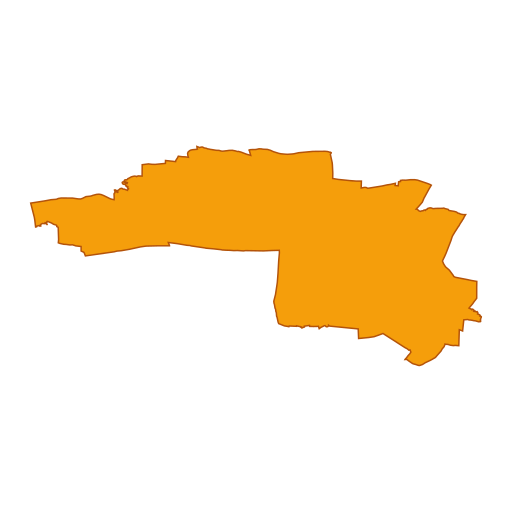 Sopot, Dolj, Romania
{"feature_id": "2599482B68085275929328", "entity_name": "Sopot", "entity_type": "district", "adm_level": 2, "iso_a3": "ROU", "parent_name": "Romania", "parent_adm1": "Dolj", "projection": "robinson", "projection_center": [23.496, 44.397], "detail": "fine", "context": "isolated", "style": "filled", "palette": "amber", "viewbox_px": 512, "rotation_deg": 0, "n_neighbors": 0, "source": "geoboundaries", "source_scale": "gbopen_adm2", "svg_char_len": 6026}
<svg xmlns="http://www.w3.org/2000/svg" viewBox="0 0 512 512"><path d="M479.3,321.8L479.8,321.5L480.5,321.6L480.7,321.2L480.4,320.1L480.6,319.8L480.5,319.4L480.9,318.0L481.2,317.5L481.3,316.7L481.0,316.4L480.4,316.3L479.8,316.0L480.1,315.3L479.5,314.7L477.6,314.0L477.8,313.6L477.9,313.1L477.7,312.4L477.1,311.6L476.2,311.9L475.8,311.7L475.3,311.1L475.0,311.0L474.9,311.3L474.1,311.5L473.9,311.4L473.7,311.2L474.0,310.9L474.0,310.3L473.8,310.0L473.1,309.5L472.8,309.3L472.4,309.5L472.4,309.2L472.0,309.3L471.6,309.6L471.3,309.3L471.2,309.0L470.4,308.8L469.0,308.1L472.7,303.7L474.2,301.5L476.7,298.3L476.7,287.4L476.8,281.4L471.0,280.4L467.4,279.6L455.5,277.3L454.1,276.7L453.8,276.5L453.3,275.5L449.3,270.1L445.7,267.0L445.3,266.5L443.7,264.0L442.5,261.2L442.7,260.4L444.6,256.5L446.1,253.1L451.0,240.4L452.0,237.2L452.6,235.8L454.8,232.1L458.4,226.5L458.8,226.1L460.1,223.7L462.1,220.7L462.5,219.9L463.6,218.4L463.7,217.8L465.6,214.6L463.3,214.6L461.0,214.2L459.1,213.5L458.9,213.2L457.9,213.2L456.9,212.3L456.1,211.9L454.3,211.4L450.2,210.7L448.9,210.4L448.2,209.4L444.7,208.5L444.2,208.2L443.5,208.1L442.5,208.3L435.7,208.4L433.7,208.6L433.0,208.6L431.0,207.9L429.7,207.9L427.8,208.4L427.4,208.7L427.1,209.3L426.3,209.4L426.0,209.6L425.7,209.9L425.5,210.4L424.5,210.0L424.1,210.0L423.2,210.7L421.2,211.0L420.4,211.4L419.0,210.9L418.2,210.1L417.0,209.2L416.2,209.1L419.5,205.5L422.3,202.2L424.2,197.7L424.5,197.3L428.9,189.2L431.3,185.2L430.1,184.5L427.3,183.4L417.5,180.1L414.8,179.7L410.4,179.7L405.8,180.2L402.7,180.1L400.5,180.4L400.5,181.5L398.8,181.7L398.6,181.8L398.2,185.8L395.1,185.5L395.4,183.3L390.4,184.4L387.0,184.9L382.1,186.0L367.7,188.3L366.5,187.6L365.4,187.4L364.4,187.4L361.2,188.0L361.4,181.1L356.4,181.1L349.9,180.6L352.9,180.9L351.8,180.8L338.1,179.4L332.7,178.5L332.8,173.1L332.4,164.8L332.2,162.8L330.6,155.4L330.3,154.5L330.5,154.0L331.0,153.4L331.2,152.7L330.4,152.2L329.6,152.3L329.2,152.0L327.4,151.5L325.1,151.3L313.0,151.4L298.8,152.7L293.8,153.8L292.0,154.0L287.5,154.3L285.5,154.2L281.1,153.8L279.0,153.4L273.5,151.7L270.4,150.3L267.4,149.4L263.0,149.2L261.3,148.9L259.0,148.8L255.9,149.5L251.1,149.6L249.7,149.8L248.5,150.2L249.3,150.3L250.7,155.4L246.5,154.2L241.3,152.2L238.5,151.4L237.4,151.5L235.4,150.9L232.3,150.3L229.1,150.4L227.0,150.7L222.6,151.2L220.9,151.0L219.1,150.4L216.2,150.3L212.0,149.6L209.9,149.3L208.9,149.0L207.7,148.9L206.4,148.3L204.1,147.9L202.7,147.1L202.0,147.0L200.7,147.2L199.6,147.6L198.4,147.0L197.9,146.9L196.9,146.5L197.2,148.9L197.4,149.1L197.1,149.3L192.5,149.7L190.7,150.1L189.6,150.7L188.2,151.9L187.6,153.3L187.8,155.3L188.4,157.3L185.8,156.9L182.0,156.7L178.3,156.2L177.2,158.4L176.7,159.0L175.8,160.5L175.6,161.6L165.5,160.5L165.4,163.4L155.1,164.4L151.7,164.3L148.5,163.9L142.2,164.7L142.1,176.1L138.1,175.9L136.6,176.6L136.2,176.3L134.5,176.1L132.9,176.4L131.2,176.9L129.1,178.1L127.9,178.6L127.8,178.9L126.9,179.7L126.3,179.8L125.2,179.8L124.6,180.1L124.3,180.6L124.1,181.1L125.5,182.0L127.4,182.6L127.2,183.3L127.0,183.6L124.5,182.2L124.3,181.7L122.6,182.0L122.3,182.3L122.2,182.7L122.4,183.2L122.7,183.8L123.6,184.3L124.6,184.4L125.3,184.1L125.4,184.9L126.2,185.6L126.0,186.0L126.9,186.4L127.8,186.6L127.8,186.8L127.2,187.1L127.4,187.8L127.7,188.2L128.2,188.3L128.5,188.6L128.4,189.0L127.4,190.0L127.4,190.3L124.1,189.1L123.3,189.2L121.8,188.3L120.2,188.6L118.6,190.0L117.3,190.7L116.3,190.5L115.3,189.9L114.5,190.0L114.5,190.3L115.3,191.0L116.8,191.8L117.9,192.1L117.7,192.4L115.8,191.6L114.9,191.7L114.8,192.9L114.3,193.3L114.0,193.9L114.1,195.2L114.2,198.1L114.1,199.7L111.7,199.2L110.1,198.7L103.8,195.6L101.3,194.6L99.8,194.3L98.8,194.2L96.5,194.4L92.7,195.4L91.5,195.9L89.9,196.2L86.0,196.6L82.4,198.4L80.5,199.0L78.2,198.9L72.6,198.1L61.2,198.0L58.2,198.5L56.9,199.1L56.1,199.3L51.1,199.7L44.7,200.9L30.7,203.1L34.3,217.2L34.8,220.2L35.6,227.0L36.6,226.8L36.8,226.1L39.8,225.4L39.9,226.1L40.8,226.0L40.8,225.7L40.4,225.3L40.5,224.9L40.8,224.4L42.3,223.5L43.2,223.5L44.2,223.7L44.4,223.5L45.0,223.5L45.1,223.2L45.0,222.9L45.1,222.7L45.8,222.9L45.9,223.1L45.8,223.6L46.5,224.0L47.0,224.5L47.1,224.4L46.7,224.0L46.6,222.5L46.8,222.5L47.0,222.2L47.0,221.5L47.6,221.4L51.5,223.0L53.6,224.3L56.0,225.0L56.7,225.4L56.8,226.6L57.9,227.1L58.2,227.5L58.6,239.6L58.3,242.8L59.8,243.4L63.9,244.3L66.0,244.4L69.5,244.9L70.9,244.9L72.5,244.8L75.9,245.9L81.1,246.5L81.1,251.0L84.0,252.4L85.4,255.9L114.2,251.8L116.9,251.1L121.3,250.7L129.4,249.3L140.4,246.9L146.0,246.1L157.7,245.8L169.5,245.8L169.5,245.6L168.3,242.5L177.7,243.7L187.0,245.3L190.0,245.5L191.1,245.9L204.8,247.9L206.1,248.2L213.2,248.8L221.2,249.7L222.3,250.0L223.0,250.0L226.1,250.2L229.8,250.3L233.8,250.6L237.4,250.5L243.5,250.9L245.6,250.6L263.3,250.9L272.0,250.5L279.3,250.3L279.4,252.9L278.7,260.8L278.0,273.4L277.3,282.5L276.9,285.3L275.5,294.5L273.8,301.2L274.0,303.2L274.4,304.4L274.7,306.0L275.0,308.0L275.6,309.3L275.8,311.1L276.0,311.9L276.3,312.5L276.6,316.2L277.1,317.4L278.1,322.1L278.7,323.6L284.4,325.9L286.9,326.3L288.9,326.7L289.2,326.0L296.6,326.3L296.6,325.8L300.2,326.7L300.3,326.6L301.4,327.0L301.2,327.4L301.9,327.6L301.4,328.3L302.7,327.6L304.4,327.0L304.3,326.2L309.5,325.4L309.6,326.4L313.5,326.5L317.7,326.4L318.4,326.3L319.2,328.7L320.9,327.4L324.4,325.7L325.0,325.6L326.2,326.7L327.0,326.8L327.8,326.6L328.6,325.9L328.6,325.3L329.6,326.1L358.2,328.9L358.6,338.5L368.8,337.5L374.1,336.7L378.4,335.2L383.0,333.5L405.1,347.7L407.1,348.7L408.9,350.2L410.0,349.9L410.9,352.1L409.8,353.8L408.2,355.5L406.5,357.8L405.1,359.3L405.0,359.5L405.9,359.4L407.1,359.6L408.4,360.7L412.0,363.2L413.1,363.8L415.4,364.4L418.4,365.4L419.6,365.5L422.5,364.5L425.3,362.7L430.2,360.4L433.0,358.9L433.6,358.4L434.4,358.1L435.2,357.6L436.1,356.7L436.8,355.8L441.0,351.1L442.2,348.9L444.0,346.8L445.0,344.4L445.0,344.1L446.2,344.3L447.9,344.4L450.4,345.2L453.4,345.6L455.1,345.4L458.8,345.7L459.3,329.7L462.6,331.0L463.8,319.8L467.8,319.5L469.2,320.0L470.2,320.0L472.2,320.3L473.9,320.7L475.2,320.8L478.7,321.8L479.3,321.8Z" fill="#f59e0b" stroke="#b45309" stroke-width="1.5"/></svg>